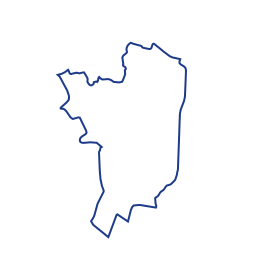 SVG path tracing the border of Bukhoro, rotated 238°
{"feature_id": "UZB-354", "entity_name": "Bukhoro", "entity_type": "Region", "adm_level": 1, "iso_a3": "UZB", "parent_name": "Uzbekistan", "parent_adm1": "", "projection": "robinson", "projection_center": [64.255, 40.217], "detail": "fine", "context": "isolated", "style": "outline", "palette": "blue", "viewbox_px": 256, "rotation_deg": 238, "n_neighbors": 0, "source": "natural_earth", "source_scale": "10m", "svg_char_len": 2624}
<svg xmlns="http://www.w3.org/2000/svg" viewBox="0 0 256 256"><g transform="rotate(238 128 128)"><path d="M148.9,208.5L147.4,208.2L145.8,207.5L137.4,201.8L130.1,196.8L124.4,192.9L121.2,189.8L115.6,182.4L112.3,179.4L105.1,174.5L88.0,163.0L79.6,157.3L72.5,152.5L66.4,148.4L63.5,145.5L62.9,145.2L59.2,140.8L58.6,139.1L57.8,135.6L57.6,134.1L57.9,132.8L58.3,131.6L58.6,130.5L58.4,129.2L56.8,125.9L56.6,124.6L56.6,123.0L56.4,121.7L56.0,120.6L54.7,118.1L54.4,116.9L54.3,114.2L53.8,113.7L49.5,111.4L47.0,110.7L45.9,109.9L45.7,109.5L56.6,97.1L59.3,91.7L58.7,89.6L57.0,87.1L48.7,78.4L60.4,73.2L60.4,72.3L45.9,53.5L64.2,47.2L68.5,47.3L70.1,50.7L71.4,52.8L80.0,62.2L86.9,73.6L88.1,74.3L92.7,75.2L99.5,77.7L107.4,81.8L123.0,90.7L124.1,92.6L126.0,94.3L125.9,95.6L132.1,93.6L135.8,88.5L138.9,82.5L139.8,81.3L140.8,80.5L141.9,80.2L142.8,80.5L143.9,81.2L144.9,82.7L145.2,84.8L145.3,89.0L146.0,90.4L148.2,91.1L162.2,92.6L163.3,91.6L164.9,86.0L165.9,85.5L167.6,84.9L174.5,84.6L176.7,84.2L178.4,83.5L180.0,81.3L180.7,81.4L181.1,82.9L182.2,89.3L182.7,90.9L183.4,92.8L185.2,94.2L187.0,95.1L192.1,96.3L207.8,97.3L210.3,96.6L209.1,100.5L208.9,102.2L208.8,103.8L208.8,105.4L208.9,106.6L209.1,107.4L209.1,108.1L208.4,108.1L205.7,107.6L205.2,107.5L204.7,107.7L204.3,108.0L203.7,108.8L203.6,109.6L202.2,113.6L201.1,114.8L200.1,115.7L199.0,119.1L198.4,120.2L192.3,120.1L191.1,119.8L190.0,119.1L189.0,118.2L188.0,118.0L186.8,118.0L185.0,118.3L184.2,118.7L183.7,119.3L183.5,119.8L183.5,120.4L183.4,121.0L183.7,122.2L185.0,123.4L184.2,125.8L183.7,126.2L183.4,126.3L183.5,126.7L184.1,127.6L185.6,129.0L186.4,130.0L186.6,130.4L186.6,130.6L185.0,130.8L184.7,130.9L184.3,131.1L183.9,131.4L183.5,131.4L182.7,132.0L180.2,136.7L179.5,137.6L178.6,138.4L177.7,139.0L174.5,140.4L174.1,141.2L173.7,141.6L173.5,141.9L171.8,143.9L171.0,145.6L170.3,147.3L171.1,148.8L174.8,153.8L176.3,154.7L178.7,156.0L178.8,156.3L179.1,156.9L179.3,157.5L180.0,157.8L181.0,157.9L183.3,156.9L184.0,157.0L184.5,157.8L190.7,160.5L191.7,162.0L192.1,163.4L192.1,164.5L192.3,165.9L192.7,167.2L193.7,167.7L195.0,168.1L195.8,168.6L196.7,169.4L197.5,170.5L197.8,170.9L198.1,171.6L198.6,173.3L198.7,173.7L198.8,175.5L196.4,177.3L191.2,182.2L190.5,182.7L189.9,182.9L189.4,182.9L188.8,182.9L188.4,183.1L188.1,183.3L184.1,187.4L183.6,188.1L183.3,188.6L183.3,189.0L183.3,189.3L183.3,189.6L183.4,189.9L183.6,190.4L184.0,190.9L185.7,192.9L185.9,193.1L186.0,193.5L186.0,193.8L185.9,194.4L185.7,194.6L185.4,194.8L176.7,197.8L173.9,198.7L166.7,201.5L164.3,203.1L159.5,208.0L158.7,208.8L157.1,206.9L155.9,206.1L154.3,206.3L150.3,208.2L148.9,208.5Z" fill="none" stroke="#1e3a8a" stroke-width="2"/></g></svg>